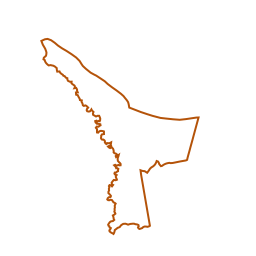 outline of São João do Carú, Maranhão, Brazil, rotated 80°
{"feature_id": "56859067B19402328850660", "entity_name": "São João do Carú", "entity_type": "district", "adm_level": 2, "iso_a3": "BRA", "parent_name": "Brazil", "parent_adm1": "Maranhão", "projection": "mercator", "projection_center": [-46.356, -3.5], "detail": "fine", "context": "isolated", "style": "outline", "palette": "amber", "viewbox_px": 256, "rotation_deg": 80, "n_neighbors": 0, "source": "geoboundaries", "source_scale": "gbopen_adm2", "svg_char_len": 4230}
<svg xmlns="http://www.w3.org/2000/svg" viewBox="0 0 256 256"><g transform="rotate(80 128 128)"><path d="M228.1,123.4L176.5,123.2L171.8,123.0L172.6,121.6L173.1,120.3L173.4,119.1L174.2,118.2L175.4,116.9L174.1,115.5L173.3,114.7L171.9,113.4L170.9,111.9L170.2,110.1L169.5,108.9L168.6,107.7L166.9,106.3L165.5,105.5L166.3,104.2L167.7,103.7L169.0,103.5L170.4,102.7L171.3,102.2L171.2,101.0L170.6,99.8L170.1,98.5L169.8,97.3L169.6,96.2L169.5,94.6L169.5,93.3L170.0,92.1L170.2,90.0L170.0,82.4L170.0,77.7L170.0,76.6L169.6,75.3L168.1,74.7L167.0,74.2L165.3,73.4L160.7,71.2L158.1,70.0L149.9,66.1L147.1,64.8L129.9,56.7L129.6,58.9L129.3,69.4L128.9,75.6L127.3,81.9L126.7,84.0L125.3,88.9L123.7,94.3L120.3,101.7L117.7,106.7L114.5,112.6L108.1,123.2L104.9,123.2L102.6,123.4L100.5,124.3L97.1,126.2L95.9,126.8L93.1,129.0L89.0,132.8L85.1,136.7L81.1,140.4L77.9,142.8L74.0,146.9L70.9,150.2L69.5,152.1L67.0,155.2L62.4,159.2L59.1,161.7L56.9,162.7L53.6,164.0L49.6,166.8L45.5,170.8L41.4,175.2L38.1,179.1L34.6,182.7L31.3,185.4L28.2,188.5L26.3,191.7L26.2,194.4L27.2,198.2L31.2,197.4L35.5,195.8L38.2,195.3L39.7,195.2L41.4,195.7L42.6,196.2L44.2,198.7L45.7,199.3L46.5,198.3L48.3,198.0L49.6,197.5L50.9,196.7L51.9,195.9L52.6,195.2L52.6,193.3L53.1,192.2L53.7,190.7L54.8,189.3L55.7,188.6L56.6,187.8L58.4,188.0L60.2,187.9L60.4,185.6L61.6,185.3L63.0,184.3L64.3,182.9L65.3,182.6L65.9,181.4L67.6,180.5L68.4,179.1L69.7,179.3L71.1,178.9L72.3,177.3L72.6,175.5L74.0,175.9L75.2,175.1L76.1,174.1L77.1,173.2L78.4,173.1L79.5,173.9L79.5,172.1L81.2,171.5L82.5,171.7L84.2,171.3L84.0,173.1L86.2,173.3L86.9,171.8L88.4,171.4L89.8,170.9L90.8,170.5L92.1,170.5L92.8,168.7L94.1,169.2L95.5,168.7L96.7,168.5L97.8,168.5L98.6,167.6L98.3,166.2L98.9,165.2L100.1,164.3L101.0,163.7L102.0,165.0L103.2,165.6L104.4,165.3L105.0,163.9L105.0,162.6L104.1,161.5L103.3,160.8L104.3,160.5L105.4,159.8L106.2,159.2L107.5,160.0L108.9,160.1L109.6,159.3L110.3,158.4L111.1,157.5L110.7,155.9L111.0,154.3L112.5,153.9L113.9,153.7L115.5,154.1L116.4,154.7L115.9,155.6L116.4,157.0L115.3,157.7L115.5,159.1L116.8,159.0L118.4,157.9L118.8,156.3L119.5,154.6L120.6,154.6L120.9,155.7L121.6,156.8L121.2,158.6L122.2,159.6L123.8,158.7L125.7,159.1L127.0,159.3L127.4,158.2L126.2,156.7L126.1,155.2L126.7,153.3L127.2,152.3L128.4,152.5L129.8,152.7L129.8,154.8L131.0,155.8L132.0,155.9L133.2,156.4L134.2,156.1L135.0,155.5L135.1,154.3L136.0,153.4L137.0,153.0L138.1,153.3L139.5,152.7L140.1,151.9L139.2,151.2L139.6,149.9L139.7,148.6L139.2,147.1L140.2,147.4L141.1,147.9L142.4,147.7L143.0,148.5L142.3,149.6L142.8,150.9L143.8,150.2L144.7,149.1L144.2,147.3L145.9,146.3L147.1,146.1L148.5,146.1L149.4,146.4L150.4,145.8L151.1,144.4L152.1,143.5L152.8,144.2L153.5,145.0L154.5,144.8L153.5,143.1L152.9,141.8L154.4,142.5L155.7,143.3L156.9,143.6L158.6,143.7L160.1,142.8L161.1,142.0L162.2,141.5L163.4,141.8L163.3,142.9L162.7,143.9L163.2,145.6L162.0,147.0L162.3,148.1L164.0,146.9L165.6,146.6L165.7,145.5L166.6,144.6L167.5,145.1L168.8,145.3L169.1,146.5L169.8,147.5L169.6,148.8L170.6,149.3L171.6,148.8L172.4,147.4L173.4,148.4L174.5,148.5L175.8,148.1L177.0,147.9L177.3,149.2L176.7,151.0L177.9,152.5L179.0,153.6L180.7,153.6L181.5,152.6L182.7,153.9L181.4,155.0L181.0,156.1L181.9,156.9L183.0,156.6L184.5,157.4L186.3,157.5L187.3,158.3L188.7,158.6L189.7,157.9L190.7,157.2L192.0,156.6L192.9,157.2L192.9,159.0L193.7,160.2L194.8,160.8L195.6,160.1L195.9,159.0L195.6,157.7L196.2,156.3L197.3,155.8L198.7,155.2L199.4,154.1L200.3,153.3L201.1,153.9L202.3,154.6L204.0,154.7L205.3,155.3L206.8,155.4L208.1,156.0L209.1,155.5L210.2,155.3L211.0,156.7L211.5,158.1L212.5,157.9L214.0,157.8L215.0,157.9L216.1,157.5L217.0,159.0L217.0,160.3L217.1,161.4L217.7,162.4L218.6,163.3L219.7,164.3L220.8,164.2L221.6,163.4L222.8,163.4L223.6,162.3L225.0,163.3L225.5,164.1L226.6,164.1L227.6,163.3L228.4,162.4L229.1,161.4L229.8,160.7L229.0,160.0L227.7,159.3L226.2,158.7L225.3,156.9L224.5,155.5L224.4,154.5L224.0,153.2L222.7,151.9L222.1,150.7L221.6,149.4L221.7,148.2L221.8,147.2L222.4,146.0L223.2,144.7L223.0,143.6L222.9,142.3L223.0,140.8L223.1,139.6L223.4,138.4L224.0,137.5L224.5,135.9L225.3,134.6L226.6,134.5L227.5,135.4L228.6,135.1L229.4,134.3L229.3,133.1L229.0,131.4L228.2,130.2L227.9,128.8L228.2,127.3L228.7,126.0L228.5,124.4L228.1,123.4Z" fill="none" stroke="#b45309" stroke-width="2"/></g></svg>